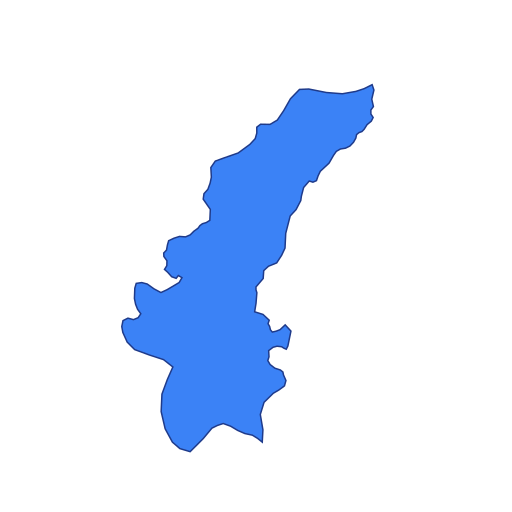 the Region of Shinyanga, rotated 298°
{"feature_id": "TZA-3358", "entity_name": "Shinyanga", "entity_type": "Region", "adm_level": 1, "iso_a3": "TZA", "parent_name": "United Republic of Tanzania", "parent_adm1": "", "projection": "mercator", "projection_center": [32.976, -3.814], "detail": "fine", "context": "isolated", "style": "filled", "palette": "blue", "viewbox_px": 512, "rotation_deg": 298, "n_neighbors": 0, "source": "natural_earth", "source_scale": "10m", "svg_char_len": 2111}
<svg xmlns="http://www.w3.org/2000/svg" viewBox="0 0 512 512"><g transform="rotate(298 256 256)"><path d="M350.9,274.0L347.9,271.6L347.2,267.8L338.8,265.9L330.1,268.0L326.0,269.5L315.8,269.6L307.4,267.4L290.0,271.6L276.6,277.9L268.6,278.3L259.6,277.5L252.8,271.8L246.7,269.7L239.5,272.9L228.7,270.5L226.1,271.9L224.0,274.0L214.3,278.2L206.1,281.0L207.7,289.6L205.5,297.8L201.9,298.4L200.2,301.1L197.6,303.4L196.5,306.1L199.1,309.1L202.2,311.8L208.9,314.1L206.1,322.1L191.5,326.4L187.9,326.5L187.7,324.0L187.9,321.2L186.2,316.9L183.4,313.9L178.4,311.6L173.1,314.8L169.2,315.5L166.8,319.4L165.8,325.3L166.8,331.0L166.2,334.2L163.9,336.1L160.1,340.9L154.7,342.1L148.6,339.2L142.9,335.7L130.6,331.8L118.1,334.2L105.8,343.7L94.6,348.9L95.7,343.1L96.1,336.9L94.0,329.5L93.4,321.7L93.8,313.5L92.7,305.7L88.3,301.5L83.3,297.9L69.9,295.1L52.3,289.7L50.2,279.2L52.4,269.6L60.8,256.9L74.1,245.3L89.9,237.8L105.3,235.7L119.0,234.7L121.1,223.0L118.5,208.1L116.4,192.8L119.5,182.7L126.0,174.3L130.7,170.6L136.5,168.9L141.0,172.1L142.3,177.7L146.2,180.9L150.9,181.4L153.4,176.4L156.9,172.3L161.4,168.6L170.7,164.1L175.6,163.1L178.9,167.6L180.2,173.1L179.1,181.5L179.1,189.2L184.5,193.3L196.5,200.6L202.1,200.8L202.3,196.6L198.8,196.0L198.1,191.3L200.2,185.6L201.2,181.5L205.6,181.8L210.0,179.6L212.3,174.9L215.3,173.1L219.2,174.2L224.2,172.6L228.5,171.7L233.2,175.2L237.4,179.3L239.8,184.8L243.8,188.0L248.7,189.5L253.4,191.8L256.5,192.2L259.3,193.5L262.2,196.4L265.8,198.5L275.7,193.8L281.4,182.7L286.6,180.8L292.3,182.2L298.7,181.3L304.6,179.6L312.9,174.6L320.7,175.5L327.8,181.9L338.6,191.9L351.7,198.2L359.3,200.2L364.9,199.0L370.1,196.2L374.5,198.2L378.8,206.6L386.0,211.0L397.2,212.2L411.1,212.6L423.5,216.2L428.2,224.2L433.4,241.4L439.8,256.1L448.2,266.9L454.5,272.9L461.8,278.1L457.9,282.2L448.8,284.6L443.1,289.5L438.8,288.9L435.3,290.8L433.3,294.4L429.2,294.5L424.1,292.4L418.7,292.0L415.6,291.1L413.3,289.0L410.4,287.8L407.0,288.8L402.2,288.7L397.2,287.3L393.2,284.4L390.1,280.3L386.1,277.8L381.3,277.2L372.3,276.9L361.0,273.0L355.9,273.2L350.9,274.0Z" fill="#3b82f6" stroke="#1e3a8a" stroke-width="1.5"/></g></svg>